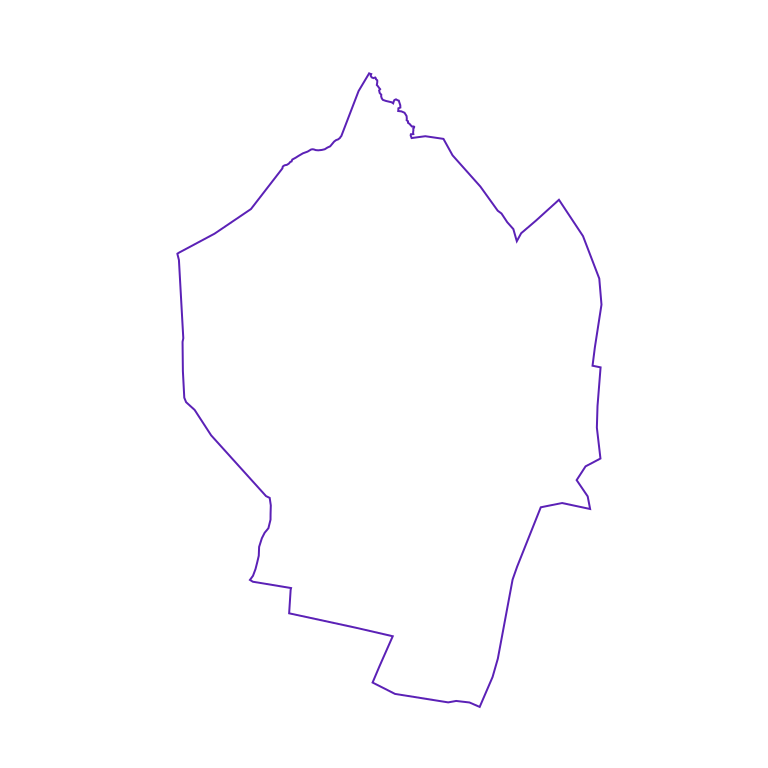 Silame, Sokoto, Nigeria (orthographic projection), rotated 100°
{"feature_id": "59680162B89701706643364", "entity_name": "Silame", "entity_type": "district", "adm_level": 2, "iso_a3": "NGA", "parent_name": "Nigeria", "parent_adm1": "Sokoto", "projection": "orthographic", "projection_center": [4.756, 12.99], "detail": "fine", "context": "isolated", "style": "outline", "palette": "violet", "viewbox_px": 768, "rotation_deg": 100, "n_neighbors": 0, "source": "geoboundaries", "source_scale": "gbopen_adm2", "svg_char_len": 2161}
<svg xmlns="http://www.w3.org/2000/svg" viewBox="0 0 768 768"><g transform="rotate(100 384 384)"><path d="M291.5,610.1L291.9,610.0L297.5,607.5L297.9,607.4L373.8,589.6L377.5,589.7L406.2,584.3L432.2,578.3L436.3,575.7L442.4,566.0L464.6,545.3L514.9,480.7L516.0,476.8L523.2,474.4L531.3,473.2L537.3,472.2L546.1,472.8L551.2,475.7L557.1,477.5L566.1,478.7L574.9,477.5L581.9,477.9L588.5,478.4L595.6,479.7L600.2,482.0L601.5,478.8L601.1,440.1L602.9,440.2L626.3,437.6L628.9,369.9L630.9,331.6L663.0,339.5L680.0,343.4L687.3,319.3L686.4,265.5L683.6,257.9L682.8,244.5L685.4,233.7L653.7,226.2L634.7,224.2L554.3,223.4L540.9,221.2L478.2,208.2L470.3,188.0L471.3,159.3L459.3,163.9L445.2,177.6L430.1,171.2L419.8,157.9L390.0,166.8L368.7,169.9L330.0,173.6L329.8,181.8L311.3,182.7L268.1,183.6L242.8,190.3L203.8,213.7L172.2,243.7L196.8,262.8L211.7,275.1L220.3,278.0L217.7,279.3L209.0,283.5L203.3,290.7L195.7,297.9L193.6,302.1L172.9,323.3L146.9,356.2L132.3,368.0L132.3,369.0L132.8,386.3L135.0,393.3L137.0,399.5L134.6,400.9L133.4,400.9L133.1,399.6L132.8,398.5L131.7,398.9L130.4,399.1L129.2,399.1L127.3,399.5L126.3,398.9L125.4,399.0L125.3,399.8L125.5,400.8L125.6,401.1L124.7,402.4L123.4,404.0L122.6,405.7L121.1,406.0L120.3,407.5L118.8,407.6L116.2,408.3L113.3,410.9L112.5,414.2L112.7,417.4L111.6,417.5L111.4,417.5L110.0,417.7L108.9,415.9L106.6,416.4L104.2,417.7L102.4,418.6L102.2,419.9L101.6,421.6L102.5,423.0L104.0,423.5L106.0,423.7L105.2,425.5L105.1,427.9L104.9,431.3L104.4,434.4L103.6,435.3L102.9,435.9L101.1,436.8L99.6,436.9L98.1,438.8L95.7,439.8L94.3,439.0L93.2,440.3L91.7,441.8L90.8,443.0L89.0,443.0L87.5,443.1L86.1,443.4L85.2,444.9L84.4,445.1L83.7,445.9L84.6,447.5L84.2,449.3L83.5,450.0L82.6,450.7L81.0,450.4L80.8,452.4L80.7,452.6L99.9,459.9L147.3,469.1L148.2,469.7L149.3,470.1L151.1,471.7L152.1,473.5L153.9,475.2L159.3,478.3L161.0,480.8L163.1,483.1L164.3,485.9L165.3,489.4L165.5,491.8L165.2,493.7L165.2,495.0L165.7,496.5L168.4,499.6L170.9,503.9L174.3,507.9L176.5,510.3L178.9,513.3L180.9,513.7L181.5,514.8L183.5,516.0L185.1,517.8L185.7,519.5L186.7,520.9L187.8,521.5L189.3,521.5L234.8,545.4L265.4,577.0L290.0,608.4L291.5,610.1Z" fill="none" stroke="#5b21b6" stroke-width="2"/></g></svg>